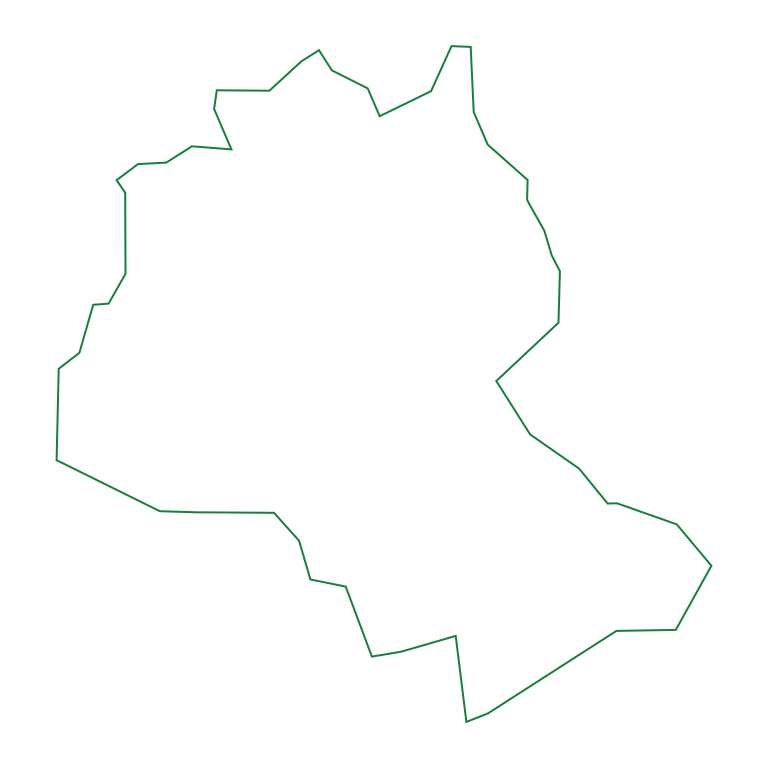 the district of Lee, South Carolina, United States of America
{"feature_id": "52423323B63410184829220", "entity_name": "Lee", "entity_type": "district", "adm_level": 2, "iso_a3": "USA", "parent_name": "United States of America", "parent_adm1": "South Carolina", "projection": "robinson", "projection_center": [-80.251, 34.159], "detail": "fine", "context": "isolated", "style": "outline", "palette": "green", "viewbox_px": 768, "rotation_deg": 0, "n_neighbors": 0, "source": "geoboundaries", "source_scale": "gbopen_adm2", "svg_char_len": 749}
<svg xmlns="http://www.w3.org/2000/svg" viewBox="0 0 768 768"><path d="M319.0,50.2L301.4,61.3L269.4,90.7L216.8,90.3L214.1,108.9L231.4,149.4L192.0,146.3L166.2,162.6L138.0,164.1L116.6,180.1L125.2,192.9L125.5,273.8L108.6,303.6L93.2,304.8L79.4,352.8L58.7,368.8L56.6,460.2L159.8,511.2L196.3,512.3L274.0,512.8L299.1,540.8L310.4,579.5L345.7,586.6L371.9,656.6L401.1,651.7L455.7,635.9L466.4,721.9L487.9,713.4L616.4,630.9L675.8,629.9L711.4,565.8L676.8,524.4L617.0,503.3L607.6,503.5L579.1,468.6L530.2,434.5L496.3,381.0L558.5,322.7L559.9,271.2L551.7,255.3L544.3,230.7L528.8,203.2L527.1,199.7L527.6,180.0L487.7,144.6L473.7,112.0L470.7,46.9L451.5,46.1L431.1,91.1L379.7,116.2L367.7,88.4L331.9,70.4L319.0,50.2Z" fill="none" stroke="#15803d" stroke-width="2"/></svg>